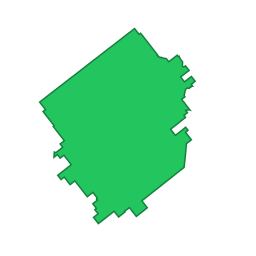 outline of Barkly, Northern Territory, Australia, rotated 232°
{"feature_id": "25037944B87984246529450", "entity_name": "Barkly", "entity_type": "district", "adm_level": 2, "iso_a3": "AUS", "parent_name": "Australia", "parent_adm1": "Northern Territory", "projection": "natural_earth1", "projection_center": [135.185, -19.542], "detail": "fine", "context": "isolated", "style": "filled", "palette": "green", "viewbox_px": 256, "rotation_deg": 232, "n_neighbors": 0, "source": "geoboundaries", "source_scale": "gbopen_adm2", "svg_char_len": 3319}
<svg xmlns="http://www.w3.org/2000/svg" viewBox="0 0 256 256"><g transform="rotate(232 128 128)"><path d="M202.4,173.9L202.4,167.3L202.4,166.1L202.5,162.7L202.5,161.4L202.5,160.0L202.5,157.1L202.5,155.9L202.5,149.8L202.5,146.9L202.6,139.4L202.6,137.7L202.6,131.7L202.6,125.6L202.6,121.0L202.6,119.6L202.6,119.1L202.6,118.6L202.6,117.7L202.7,115.5L202.7,114.6L202.7,112.0L202.7,111.5L202.7,107.4L202.7,104.0L202.7,103.2L202.7,102.2L202.8,90.1L202.8,87.2L202.8,85.1L202.8,79.2L202.8,74.3L200.6,74.3L195.3,74.3L193.3,74.3L193.3,73.8L193.3,71.2L189.5,71.2L182.2,71.2L179.0,71.2L175.3,71.2L175.3,70.0L168.0,70.0L160.8,70.0L157.2,70.0L157.2,67.0L157.2,64.7L153.0,64.7L153.0,60.7L153.0,56.5L153.0,56.0L154.4,55.1L150.5,51.6L150.5,56.0L150.0,56.0L148.9,56.0L148.5,56.0L146.0,56.0L146.0,60.7L141.7,60.7L136.5,60.7L134.0,60.7L134.0,59.5L134.0,57.2L134.0,52.1L134.0,43.9L134.0,43.5L131.9,43.5L128.6,43.5L128.6,47.5L121.4,47.5L119.0,47.5L119.0,53.6L113.4,53.6L106.2,53.6L105.7,53.6L98.9,53.6L98.9,59.5L98.9,60.7L95.8,60.7L94.7,60.7L94.4,60.7L91.8,60.7L91.7,59.9L91.1,59.8L91.1,59.4L90.0,59.4L90.0,57.8L90.0,53.6L89.2,53.6L84.1,53.6L84.1,51.6L81.4,51.6L80.7,51.6L78.8,51.6L78.8,50.7L78.8,45.8L73.7,45.8L71.5,45.8L70.9,45.8L70.9,50.1L70.9,50.6L70.9,58.3L70.9,65.8L70.7,65.8L63.6,65.8L63.7,73.9L64.4,73.9L64.4,80.1L57.1,80.1L53.2,80.1L53.2,82.1L53.2,90.3L53.3,94.1L54.8,94.1L62.1,94.1L62.1,98.4L62.2,106.6L62.2,114.8L62.2,115.4L62.3,123.0L62.3,131.2L62.4,139.4L62.4,140.7L62.4,147.9L66.2,151.6L68.4,153.8L74.0,159.1L79.7,164.4L79.7,168.7L79.7,170.7L87.1,170.7L89.2,170.7L89.2,173.9L93.1,173.9L93.0,169.0L93.0,165.5L93.0,160.8L100.4,160.8L100.8,160.8L100.8,166.3L100.8,168.4L100.9,174.6L100.9,179.8L101.9,179.9L103.5,179.9L103.5,184.3L103.8,184.3L104.5,184.3L106.3,184.3L106.1,185.1L105.8,185.7L105.4,186.2L105.3,186.6L105.2,186.8L104.9,186.9L104.4,187.6L104.0,187.9L111.4,187.9L113.7,188.0L113.9,188.0L115.6,187.9L117.6,188.0L117.5,192.0L118.8,192.0L121.1,194.8L121.5,194.9L123.1,197.6L122.9,199.7L122.4,199.8L122.1,200.2L121.6,200.6L121.7,201.3L121.7,201.5L121.5,202.5L121.8,202.6L122.0,202.7L121.9,202.9L121.8,203.2L121.7,203.7L121.6,203.9L121.5,204.4L121.3,204.6L122.9,204.6L123.3,204.6L123.3,206.2L123.6,206.2L123.6,207.0L123.5,207.5L123.5,207.9L123.5,208.1L123.5,208.4L123.5,208.6L123.5,208.8L123.5,209.0L123.6,209.3L123.5,209.7L128.0,209.7L129.6,209.7L129.6,209.2L129.6,200.9L135.2,200.9L135.8,200.9L135.8,206.2L135.8,208.1L135.8,209.1L135.7,211.6L138.1,211.6L141.6,211.6L141.6,210.5L141.6,209.7L143.2,208.9L146.4,211.7L147.7,211.7L150.2,211.7L152.4,212.2L153.2,212.5L153.7,211.4L155.1,211.6L155.1,203.5L155.1,200.9L159.1,200.9L159.4,200.7L159.6,200.5L159.7,200.4L160.0,200.1L160.5,199.6L160.8,199.4L161.0,199.1L161.3,198.9L161.5,198.8L161.5,198.7L161.8,198.5L161.9,198.4L162.2,198.1L162.3,198.1L162.5,198.0L162.8,198.0L162.9,197.9L163.0,197.9L163.2,197.7L163.4,197.3L163.6,197.1L163.9,196.9L164.0,196.8L164.2,196.6L164.3,196.5L165.0,196.0L165.3,196.2L165.5,196.2L165.7,195.9L166.1,195.8L166.4,195.8L166.7,195.8L166.8,195.8L167.1,195.7L167.1,195.8L167.1,196.3L172.1,196.3L179.4,196.3L183.8,196.3L186.8,196.3L194.9,196.3L194.9,194.4L202.3,194.4L202.3,193.8L202.3,193.1L202.3,192.7L202.3,191.9L202.3,190.3L202.3,189.9L202.3,188.3L202.4,187.5L202.4,182.2L202.4,173.9Z" fill="#22c55e" stroke="#15803d" stroke-width="1.5"/></g></svg>